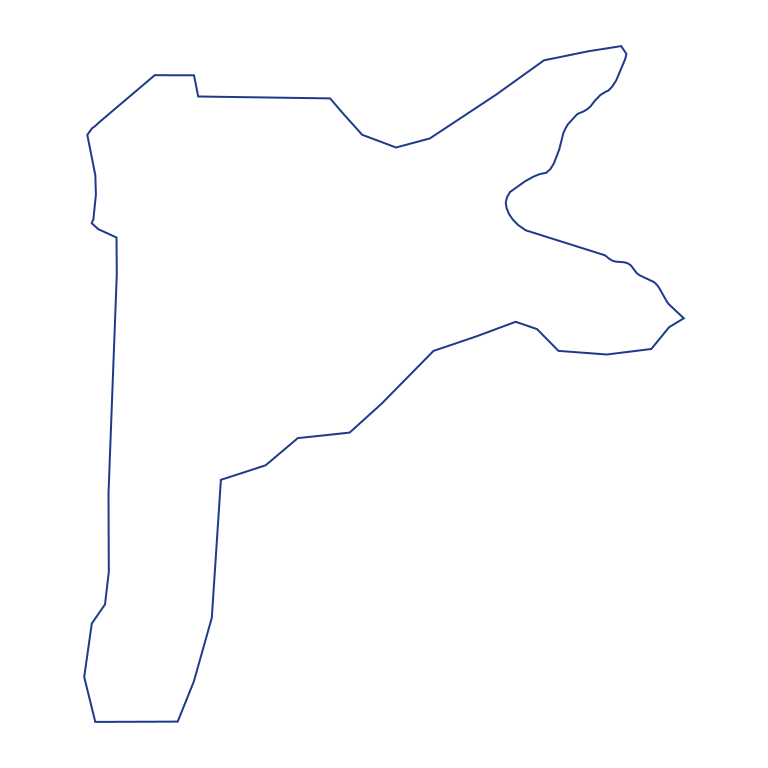 an SVG outline of Dabola
{"feature_id": "GIN-5632", "entity_name": "Dabola", "entity_type": "Prefecture", "adm_level": 1, "iso_a3": "GIN", "parent_name": "Guinea", "parent_adm1": "", "projection": "albers", "projection_center": [-11.021, 10.553], "detail": "fine", "context": "isolated", "style": "outline", "palette": "blue", "viewbox_px": 768, "rotation_deg": 0, "n_neighbors": 0, "source": "natural_earth", "source_scale": "10m", "svg_char_len": 1216}
<svg xmlns="http://www.w3.org/2000/svg" viewBox="0 0 768 768"><path d="M177.7,721.6L156.4,721.7L95.3,721.9L84.2,677.0L91.8,623.5L105.0,604.4L108.8,572.0L108.5,493.5L116.8,273.9L116.5,237.5L98.3,229.2L91.7,223.2L93.4,219.3L95.9,194.6L95.3,175.0L87.3,134.9L92.1,128.2L95.1,126.1L99.4,122.1L154.7,75.2L194.0,75.3L198.2,96.5L330.1,98.4L342.6,113.0L362.2,134.8L396.0,147.5L429.9,138.4L495.9,94.8L544.0,60.3L588.6,51.2L621.2,46.1L626.4,53.9L625.3,58.8L616.2,80.4L612.2,86.6L608.5,90.5L605.6,91.8L600.4,95.0L594.7,100.9L590.4,106.5L587.0,109.4L583.6,111.4L577.8,113.8L576.2,115.2L568.0,124.2L565.3,128.7L563.4,132.9L559.2,149.6L553.9,163.4L550.2,169.3L546.3,172.7L539.4,174.2L533.4,176.7L525.3,181.1L510.0,192.0L507.0,197.3L505.7,202.7L506.7,208.4L509.0,214.0L512.9,219.7L518.1,225.0L525.7,230.3L604.9,255.3L609.7,259.1L612.4,260.7L615.7,261.6L624.3,262.3L627.7,263.3L630.9,265.4L636.6,273.0L639.4,275.2L654.2,282.2L656.8,284.7L659.2,288.0L667.1,302.0L669.0,304.4L683.8,318.3L669.1,327.2L651.3,349.0L606.7,354.5L558.5,350.9L537.0,329.1L515.6,321.8L476.3,336.4L433.5,350.9L381.7,403.6L349.6,432.6L297.8,438.1L265.6,465.3L220.9,479.8L211.8,617.8L193.9,681.3L177.7,721.6Z" fill="none" stroke="#1e3a8a" stroke-width="2"/></svg>